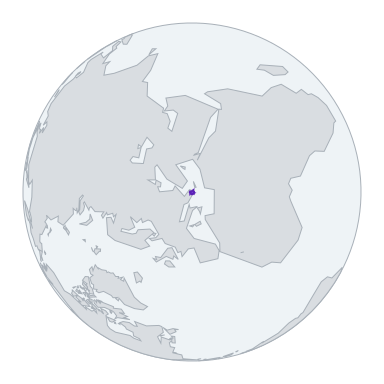 the Earth from above Peloponnisos, rotated 240°
{"feature_id": "GRC-2885", "entity_name": "Peloponnisos", "entity_type": "Region", "adm_level": 1, "iso_a3": "GRC", "parent_name": "Greece", "parent_adm1": "", "projection": "orthographic", "projection_center": [22.642, 37.277], "detail": "fine", "context": "on_globe", "style": "filled", "palette": "violet", "viewbox_px": 384, "rotation_deg": 240, "n_neighbors": 0, "source": "natural_earth", "source_scale": "10m", "svg_char_len": 12103}
<svg xmlns="http://www.w3.org/2000/svg" viewBox="0 0 384 384"><g transform="rotate(240 192 192)"><circle cx="192" cy="192" r="169" fill="#eef3f6" stroke="#a8b0b8"/><path d="M130.8,34.5L131.2,34.4L127.4,35.9L130.8,34.5ZM126.5,36.2L129.2,35.2L135.4,32.9L138.8,31.7L156.7,28.2L177.4,25.5L183.5,24.4L182.5,25.3L193.8,23.3L204.7,23.6L192.6,23.6L191.5,24.0L199.1,24.1L199.6,24.6L203.6,25.1L203.5,25.8L196.4,26.2L196.3,26.9L201.6,27.0L205.0,28.1L197.2,27.8L202.2,29.8L191.3,31.9L170.3,32.1L164.4,35.4L143.3,41.8L145.5,42.4L138.8,45.8L138.7,48.0L134.8,49.0L138.2,49.9L141.7,48.6L144.4,48.7L144.7,50.0L139.8,51.3L138.9,50.9L137.6,52.0L135.0,52.1L136.5,52.8L130.5,54.5L136.8,54.8L132.3,57.8L128.2,58.5L128.2,55.8L118.7,52.0L114.6,52.6L108.8,55.7L98.7,66.6L94.3,68.6L88.7,73.3L91.3,73.1L96.6,69.5L100.0,70.8L106.1,66.7L108.4,66.8L114.9,64.1L114.3,67.5L110.3,72.4L104.9,75.0L103.0,77.4L108.5,77.6L98.8,85.6L93.0,96.6L90.5,98.6L84.8,97.0L83.9,89.8L76.6,89.4L81.8,92.9L75.3,98.5L74.4,100.9L75.0,102.7L77.6,102.0L75.5,104.8L69.6,102.0L71.4,99.3L73.3,100.1L72.8,97.0L68.8,95.9L65.9,99.2L62.9,95.3L60.8,97.7L59.0,98.5L62.6,94.7L56.0,101.7L52.1,100.8L43.1,113.9L51.5,99.9L54.2,95.2L56.8,91.0L55.2,92.9L59.6,87.1L67.5,77.8L76.0,69.2L85.1,61.2L94.7,53.8L104.9,47.2L115.5,41.3L126.5,36.2ZM27.5,153.5L27.6,153.0L27.5,155.4L25.6,163.2L27.0,159.2L25.9,165.9L26.7,176.6L26.2,177.5L26.6,196.1L30.1,210.3L30.8,218.5L30.1,220.8L32.0,225.4L32.1,227.8L42.2,245.7L49.6,259.0L50.8,266.9L47.6,270.2L51.6,284.5L48.0,280.4L42.1,270.0L37.0,259.2L32.6,248.0L29.0,236.6L26.3,224.9L24.4,213.1L23.3,201.1L23.1,189.1L23.7,177.2L25.2,165.3L27.5,153.5ZM40.7,117.6L34.6,134.0L35.7,129.0L35.9,128.9L38.0,123.8L41.0,116.7L42.6,113.1L40.7,117.6ZM43.4,115.2L44.3,113.0L43.8,114.7L43.4,115.2ZM140.2,31.3L135.4,32.9L129.7,35.0L133.5,33.5L140.2,31.3ZM151.3,28.3L149.2,29.0L146.3,29.5L148.4,28.9L151.3,28.3ZM187.7,23.7L183.8,23.9L187.4,23.6L187.7,23.7ZM204.1,25.0L205.1,24.9L206.7,25.3L204.1,25.0ZM114.8,62.5L114.8,63.3L113.6,63.3L114.8,62.5ZM117.5,60.6L116.0,60.2L117.1,59.2L118.0,59.5L117.5,60.6ZM208.2,26.8L210.5,27.6L206.9,26.8L208.2,26.8ZM119.1,61.5L119.2,57.7L121.2,56.1L126.2,56.1L119.1,61.5ZM211.1,28.1L216.9,30.5L219.5,30.2L215.3,32.6L211.8,29.6L206.9,28.5L210.4,28.7L211.1,28.1ZM142.7,47.7L138.9,49.1L141.8,46.8L142.7,47.7ZM143.9,46.3L149.0,40.0L154.8,38.8L151.9,41.0L159.1,38.9L159.4,41.4L155.5,43.2L151.8,43.3L154.8,44.2L143.9,46.3ZM212.1,33.8L212.5,34.6L210.8,33.8L212.1,33.8ZM145.7,48.6L146.2,47.3L151.2,46.2L151.1,48.6L149.5,48.2L145.7,48.6ZM160.9,37.3L164.6,37.1L165.9,39.0L167.5,39.2L159.9,41.4L160.9,37.3ZM148.5,49.1L150.9,49.9L148.8,51.7L145.5,49.8L148.5,49.1ZM152.6,44.9L154.9,44.6L153.6,45.5L152.6,44.9ZM142.7,58.9L143.2,57.1L145.9,56.3L142.7,58.9ZM151.9,50.1L152.6,49.5L153.7,49.1L154.8,50.0L151.9,50.1ZM161.4,42.7L161.1,43.7L164.5,41.9L165.6,43.5L160.4,44.8L163.1,44.9L163.4,45.4L158.8,45.9L161.4,42.7ZM159.3,49.8L153.0,52.3L151.5,55.7L149.1,56.4L152.0,50.9L159.3,49.8ZM159.4,47.4L158.8,49.0L156.1,49.0L154.9,47.9L159.4,47.4ZM168.2,44.2L167.9,41.4L169.0,41.2L168.2,44.2ZM159.4,50.7L160.9,50.1L159.6,50.9L159.4,50.7ZM166.1,46.1L165.8,45.1L167.1,44.9L166.1,46.1ZM164.1,49.8L162.1,50.6L161.2,49.8L164.1,49.8ZM165.5,48.1L167.3,48.2L162.1,49.1L165.1,47.7L165.5,48.1ZM167.4,46.1L168.1,45.7L167.3,46.6L167.4,46.1ZM168.7,52.5L162.3,53.9L160.3,52.1L166.8,51.0L168.7,52.5ZM97.3,259.8L86.4,233.3L91.4,226.0L92.0,215.0L126.4,186.4L134.0,190.5L161.5,189.7L165.0,191.5L162.1,200.3L182.9,212.5L189.3,205.0L207.8,210.3L220.0,208.9L223.7,191.6L203.8,193.5L200.0,185.4L215.7,176.7L233.0,175.3L232.1,172.2L220.8,166.4L224.5,159.8L216.9,164.0L220.2,166.9L215.5,169.8L212.2,167.3L213.7,164.9L208.4,164.0L202.9,176.1L205.7,180.4L192.0,183.2L195.3,190.9L191.6,194.6L184.7,183.1L185.2,178.8L172.5,166.2L170.8,170.8L182.6,183.3L179.1,182.3L176.8,189.4L175.7,183.2L163.3,169.0L150.7,170.6L135.2,186.2L127.7,186.2L121.3,181.1L126.5,163.7L142.5,165.8L144.6,160.3L141.0,151.1L146.1,152.7L146.6,149.4L152.6,149.9L160.8,143.0L166.8,142.8L169.7,133.0L173.1,131.8L170.5,137.8L171.9,142.1L186.9,142.1L189.7,140.0L190.3,133.8L194.4,134.9L193.1,128.9L201.5,126.3L190.1,124.8L190.5,118.2L195.4,113.1L193.5,110.8L185.5,119.2L184.2,122.9L186.3,126.4L180.9,137.1L175.8,138.7L173.7,127.0L166.3,128.3L167.9,119.1L188.5,101.1L197.2,97.6L212.5,105.1L210.6,109.2L204.3,108.5L210.5,115.0L209.8,111.6L213.2,112.7L214.5,107.2L216.9,107.8L213.9,101.8L217.1,101.9L218.9,105.7L223.5,98.2L229.9,97.2L229.7,95.3L227.8,93.6L237.2,93.9L236.7,92.5L233.4,91.8L230.2,88.8L228.2,83.6L231.6,84.0L232.8,85.9L240.3,90.7L242.9,96.0L244.1,95.7L242.7,91.2L233.5,85.3L231.3,82.1L236.0,84.3L234.1,83.3L234.1,81.9L237.3,80.9L232.3,78.3L227.6,63.8L233.3,61.0L238.0,64.2L238.3,55.9L244.7,54.3L241.6,53.5L239.7,49.6L237.7,50.0L236.1,49.4L230.2,40.7L231.5,39.3L225.5,35.6L223.9,35.3L222.6,36.1L215.3,32.6L219.5,30.2L222.9,30.8L223.2,29.3L230.8,31.2L237.3,32.3L245.5,35.9L249.9,36.8L249.5,36.1L255.2,37.3L268.3,42.7L259.4,41.1L240.1,35.6L248.2,37.8L246.8,38.3L250.0,39.9L255.7,41.6L256.0,41.2L267.6,50.7L282.1,59.6L279.9,55.5L282.7,55.6L297.3,64.3L317.5,85.8L321.5,87.8L324.6,91.0L327.4,95.9L323.0,91.2L322.0,92.2L319.1,89.1L322.1,95.9L318.0,91.8L322.3,99.6L325.3,101.4L324.2,96.5L329.7,105.5L333.9,107.3L339.0,114.2L347.5,134.6L349.2,146.0L350.3,148.9L348.6,149.1L349.9,157.9L356.1,166.5L357.2,170.8L357.6,185.1L357.0,182.1L352.4,182.4L354.2,193.9L357.8,196.2L359.1,203.9L357.5,205.5L355.9,199.0L354.2,198.8L352.8,189.4L347.8,179.0L346.0,186.0L344.4,180.5L337.2,174.1L333.7,184.0L329.3,207.8L331.7,222.3L328.9,231.6L318.0,217.0L312.5,204.3L309.0,208.3L297.5,201.1L278.8,209.3L275.7,206.3L272.3,209.7L264.1,208.4L259.4,203.0L254.6,204.9L267.2,218.9L272.3,216.8L276.0,208.5L278.6,214.0L286.4,216.4L279.0,234.5L250.7,255.9L247.3,245.3L223.0,217.1L223.4,213.2L223.3,212.8L222.9,212.1L221.3,218.5L216.9,212.5L230.5,233.6L233.0,242.8L250.3,256.7L248.8,258.8L254.2,261.0L270.8,252.0L271.0,255.6L263.5,274.5L240.0,300.7L242.8,312.8L240.7,323.1L225.4,331.6L226.2,338.0L218.3,341.2L217.4,344.5L210.7,348.4L199.7,351.8L181.6,351.9L180.9,349.4L172.5,343.6L161.1,326.8L166.1,318.9L164.7,311.9L151.6,293.9L154.5,284.4L150.9,279.7L143.5,279.7L139.2,273.9L134.7,273.0L106.2,269.6L97.3,259.8ZM115.1,203.7L114.2,207.0L115.1,203.7ZM251.9,182.5L261.9,180.4L256.4,170.8L259.8,169.4L256.7,166.8L256.0,170.2L248.2,163.0L252.2,158.6L250.5,154.3L247.0,154.8L241.0,164.1L252.0,174.2L250.2,179.3L251.9,182.5ZM26.8,176.8L26.7,179.7L26.4,177.9L26.8,176.8ZM34.6,131.2L33.9,133.5L33.1,135.7L33.4,134.4L34.6,131.2ZM31.8,149.7L31.6,152.9L31.3,150.9L31.8,149.7ZM34.0,136.4L31.9,147.5L31.3,144.5L32.9,137.7L32.5,140.6L34.0,136.4ZM41.2,118.2L40.5,120.1L39.9,121.0L41.2,118.2ZM43.0,116.5L43.1,116.1L44.0,114.4L43.0,116.5ZM75.6,98.6L76.0,98.9L76.1,101.1L74.9,100.9L75.6,98.6ZM83.2,107.2L79.6,111.6L81.4,108.1L79.0,108.3L79.8,101.7L89.2,99.2L84.8,101.4L83.2,107.2ZM83.5,92.7L81.9,96.9L83.2,92.5L83.5,92.7ZM143.4,132.2L145.5,134.7L143.4,138.3L135.7,139.6L138.7,134.4L143.4,132.2ZM149.1,137.5L149.2,126.1L153.9,125.2L151.2,127.6L154.4,128.1L150.9,132.1L155.4,142.9L153.8,146.8L140.5,146.4L145.7,144.2L143.3,141.8L149.1,137.5ZM140.9,102.3L141.0,98.4L151.2,101.3L150.0,104.7L142.2,106.0L139.2,102.7L140.9,102.3ZM127.8,62.5L127.2,61.5L128.5,61.0L130.2,61.5L127.8,62.5ZM142.7,58.1L132.0,66.6L130.7,65.8L125.9,72.2L120.7,72.7L124.0,68.5L116.4,73.9L117.3,70.3L112.5,74.4L120.4,64.8L120.8,62.0L122.3,64.8L127.0,64.3L129.2,63.3L135.8,58.5L139.2,52.9L144.5,51.8L147.3,52.7L147.3,53.8L143.9,54.1L146.3,55.5L141.4,56.8L142.7,58.1ZM177.3,68.0L173.3,66.9L177.4,71.8L172.5,72.4L173.2,72.9L169.8,74.9L167.0,78.4L164.7,78.1L164.6,79.6L162.3,81.1L161.4,83.2L157.0,83.6L155.5,86.2L154.2,84.9L152.9,89.4L151.9,86.3L148.9,88.2L151.4,90.2L129.8,89.4L121.5,92.1L115.0,96.2L114.2,90.9L119.8,83.9L128.3,77.3L136.4,75.7L134.6,73.8L137.9,72.6L138.0,74.6L139.9,70.8L142.7,70.4L150.2,65.7L151.3,61.0L154.1,59.4L155.1,61.0L157.2,58.3L160.9,60.4L163.0,59.3L168.8,60.6L169.4,64.7L171.7,63.3L176.2,64.4L177.3,68.0ZM170.3,53.0L172.2,57.3L170.4,59.9L161.1,56.7L158.7,57.4L152.7,55.9L155.4,52.3L156.9,53.0L158.9,52.9L157.3,54.0L160.1,53.1L162.2,54.1L165.0,53.7L164.9,55.2L170.3,53.0ZM168.8,188.3L171.4,188.8L175.5,188.6L174.2,193.2L168.8,188.3ZM160.1,178.7L162.5,178.3L162.6,184.4L159.8,184.0L160.1,178.7ZM163.7,173.1L162.6,177.8L161.5,175.1L163.7,173.1ZM172.7,137.2L175.2,136.5L175.5,138.0L174.2,140.1L172.7,137.2ZM188.3,84.3L186.3,82.9L187.0,82.2L185.6,77.7L189.1,77.2L191.4,79.6L188.3,84.3ZM220.4,194.9L217.0,198.6L215.1,197.2L216.6,196.2L220.4,194.9ZM194.5,196.6L200.5,198.5L194.1,197.9L194.5,196.6ZM191.9,83.0L190.9,81.2L193.3,82.1L191.9,83.0ZM191.6,76.6L194.4,77.2L189.4,76.6L191.6,76.6ZM268.1,314.6L255.4,333.2L247.9,335.2L247.1,331.3L252.3,320.8L261.3,315.6L265.9,309.6L268.1,314.6ZM358.8,219.2L358.4,220.9L359.0,217.5L359.4,214.7L358.8,219.2ZM358.9,217.8L357.5,218.5L352.5,209.5L354.4,206.4L359.0,207.4L358.8,210.0L359.6,210.8L358.9,217.8ZM360.6,203.0L360.6,197.6L360.6,192.6L360.8,190.3L359.2,167.8L360.8,185.4L360.6,203.0ZM332.4,223.2L335.9,229.2L334.1,232.4L332.4,223.2ZM356.8,155.0L358.6,164.4L356.5,153.5L356.8,155.0ZM354.5,146.0L355.3,148.6L354.8,147.4L354.5,146.0ZM351.9,152.8L351.8,156.1L351.0,154.2L350.6,149.0L351.9,152.8ZM342.9,120.3L346.0,125.9L347.1,128.3L345.6,126.1L342.9,120.3ZM220.7,78.5L218.8,85.0L219.7,89.9L223.9,92.8L217.1,91.8L215.7,84.2L220.7,78.5ZM226.4,65.4L222.7,63.3L224.8,62.7L225.9,63.1L226.4,65.4ZM223.8,65.3L218.4,65.7L216.6,63.6L221.3,63.6L223.8,65.3ZM205.2,73.8L204.4,75.7L202.4,74.9L205.2,73.8ZM354.0,144.1L354.5,146.0L350.6,135.7L350.0,133.2L353.2,141.7L353.6,142.5L354.0,144.1ZM325.3,89.4L323.3,87.3L321.6,84.8L323.5,86.9L325.3,89.4ZM314.4,75.8L320.6,83.5L325.1,90.3L325.5,90.1L329.7,95.5L327.2,93.5L321.4,85.6L318.5,81.3L314.7,77.3L310.5,72.6L306.1,69.0L303.2,66.2L306.3,68.3L314.4,75.8ZM304.3,67.7L295.2,60.9L293.6,58.5L295.3,59.4L300.1,63.4L300.7,64.4L304.3,67.7ZM292.5,58.7L292.9,59.7L280.3,54.5L277.2,52.9L286.0,55.0L286.9,56.2L290.3,58.1L292.5,58.7ZM214.2,34.5L212.6,34.5L213.4,34.0L214.2,34.5ZM235.0,49.8L232.9,48.9L233.8,48.1L235.0,49.8ZM227.7,46.1L228.1,47.6L226.2,45.8L227.7,46.1ZM229.2,51.1L227.6,48.1L231.2,51.3L229.2,51.1Z" fill="#d9dde1" stroke="#a8b0b8" stroke-width="1"/><path d="M193.2,190.0L192.9,190.1L192.8,190.3L193.0,190.3L193.3,190.4L193.2,190.5L193.3,190.5L193.2,190.5L193.2,190.8L193.2,191.0L193.3,191.0L193.2,191.2L193.2,191.3L193.3,191.3L193.5,191.4L193.6,191.5L193.8,191.5L193.6,191.6L193.4,191.7L193.4,191.8L193.5,191.8L193.3,191.8L193.2,191.9L193.0,191.7L192.9,191.5L193.0,191.4L192.9,191.4L192.8,191.5L192.8,191.4L192.7,191.3L192.7,191.2L192.7,191.3L192.6,191.2L192.5,191.3L192.4,191.2L192.2,191.1L192.2,191.3L192.3,191.4L192.3,191.5L192.4,191.8L192.5,192.0L192.6,192.3L192.6,192.5L192.7,192.4L192.7,192.5L192.8,192.5L192.7,192.5L192.8,192.5L192.7,192.5L192.8,192.5L192.8,192.8L192.9,193.0L193.0,193.2L193.0,193.3L193.1,193.5L192.9,193.6L193.0,193.7L192.9,193.8L193.0,193.9L193.0,194.0L193.2,194.3L193.3,194.4L193.3,194.5L193.2,194.4L193.2,194.5L193.0,194.4L193.0,194.2L192.9,194.2L192.7,194.0L192.6,193.9L192.5,193.7L192.5,193.8L192.4,193.8L192.4,193.7L192.3,193.4L192.2,193.4L191.8,193.5L191.7,193.7L191.8,193.7L191.8,193.8L191.7,193.8L191.7,194.0L191.7,193.9L191.6,194.0L191.6,194.3L191.7,194.5L191.6,194.4L191.4,194.3L191.3,194.2L191.4,193.9L191.4,193.7L191.2,193.5L191.2,193.4L191.0,193.1L190.9,193.1L190.8,192.9L190.7,192.7L190.5,192.8L190.4,192.8L190.3,193.2L190.3,193.3L190.3,193.5L190.2,193.6L190.1,193.4L189.9,193.4L189.7,193.2L189.8,193.2L189.8,192.9L189.7,192.9L189.6,192.7L189.5,192.3L189.5,192.2L189.8,191.9L189.7,191.7L189.8,191.7L190.0,191.7L190.3,191.4L190.2,191.1L190.0,190.8L190.0,190.6L190.1,190.3L190.3,190.4L190.5,190.5L190.6,190.4L190.8,190.4L190.8,190.5L190.9,190.4L191.0,190.4L191.0,190.2L191.2,189.9L191.3,189.9L191.4,189.6L191.3,189.4L191.5,189.5L191.5,189.4L191.7,189.5L191.9,189.6L192.1,189.7L192.3,189.9L192.4,190.0L192.5,190.0L192.8,189.9L192.7,189.9L192.5,189.7L192.8,189.6L193.0,189.7L193.1,189.8L193.2,190.0ZM189.9,193.5L190.0,193.6L189.9,193.7L189.9,193.5ZM189.8,193.6L189.8,193.4L189.8,193.5L189.8,193.6Z" fill="#8b5cf6" stroke="#5b21b6" stroke-width="1.5"/></g></svg>